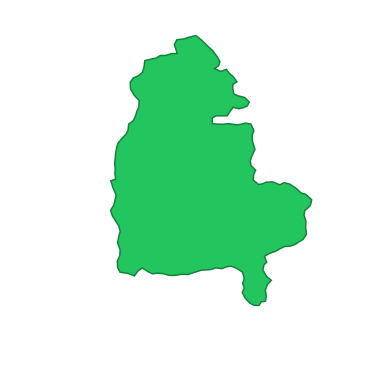 Santana de Cataguases, Minas Gerais, Brazil, rotated 140°
{"feature_id": "56859067B5954230458891", "entity_name": "Santana de Cataguases", "entity_type": "district", "adm_level": 2, "iso_a3": "BRA", "parent_name": "Brazil", "parent_adm1": "Minas Gerais", "projection": "equal_earth", "projection_center": [-42.562, -21.278], "detail": "fine", "context": "isolated", "style": "filled", "palette": "green", "viewbox_px": 384, "rotation_deg": 140, "n_neighbors": 0, "source": "geoboundaries", "source_scale": "gbopen_adm2", "svg_char_len": 2122}
<svg xmlns="http://www.w3.org/2000/svg" viewBox="0 0 384 384"><g transform="rotate(140 192 192)"><path d="M247.0,252.8L249.7,246.4L252.1,238.4L256.8,234.8L260.5,232.1L266.2,230.3L268.4,224.6L269.0,219.8L269.9,213.0L272.5,207.8L277.0,204.8L281.7,200.8L284.3,193.8L288.3,189.6L293.8,187.0L297.5,181.9L298.7,176.8L293.6,171.1L290.0,164.8L284.2,166.2L278.9,165.6L276.9,159.4L274.9,154.8L270.4,151.8L266.0,147.3L263.0,142.7L258.4,138.9L252.7,135.6L248.1,131.3L243.4,129.5L239.7,128.0L235.0,126.1L230.0,122.3L226.5,120.0L222.7,118.8L218.7,114.3L213.3,112.4L209.6,109.9L206.8,104.8L204.8,98.1L207.6,92.1L212.0,89.4L213.7,84.8L218.1,82.7L219.5,76.5L219.1,69.6L217.3,65.3L213.6,62.0L209.6,63.4L206.0,61.0L202.0,64.6L198.9,69.6L194.0,72.6L188.0,73.4L189.2,79.1L187.8,86.7L183.8,89.9L180.0,90.2L177.8,96.2L171.9,95.1L166.2,92.9L161.7,92.1L156.2,90.8L151.7,87.5L147.1,85.6L141.7,85.0L137.5,84.3L131.6,85.9L127.5,92.1L123.5,96.4L120.9,102.4L117.5,105.3L113.5,105.3L109.5,105.9L105.4,109.1L106.2,116.7L109.1,121.3L109.8,127.6L112.0,135.1L115.5,140.0L120.1,141.0L123.6,147.8L128.8,151.8L132.9,153.0L136.2,155.1L137.4,161.9L133.3,165.9L129.2,167.8L129.8,174.3L127.6,178.2L123.4,180.8L116.3,184.3L113.3,191.5L109.5,196.7L105.2,199.2L103.2,206.2L106.6,210.3L110.6,212.2L114.5,214.6L119.7,220.5L124.8,224.1L128.6,227.4L132.5,231.2L129.0,235.7L124.5,234.8L120.5,231.4L116.1,227.8L111.0,229.2L106.0,230.5L103.0,226.0L98.9,223.8L94.5,222.4L90.3,224.1L90.9,230.5L94.5,235.5L97.0,240.0L94.7,244.6L91.7,248.1L86.7,247.6L86.3,253.6L87.1,258.4L86.9,264.0L92.5,265.9L95.5,272.1L90.5,271.6L86.9,273.8L85.7,279.2L85.3,286.8L86.3,294.2L87.1,302.8L88.5,309.4L94.2,312.2L100.6,314.9L105.6,318.4L110.7,316.3L114.3,307.6L119.0,311.4L124.0,313.3L128.6,317.0L133.2,317.6L138.3,320.3L143.7,323.0L147.9,319.0L152.7,315.6L158.2,315.4L163.6,317.1L168.7,315.8L172.8,310.6L174.1,303.3L173.7,295.9L178.0,291.4L182.4,289.2L186.0,286.8L190.9,284.4L196.9,284.7L201.3,280.4L205.4,278.7L211.2,278.1L217.0,277.1L221.0,274.6L225.5,270.9L229.5,266.8L233.0,263.5L236.0,259.0L239.4,255.4L242.2,250.9L247.0,252.8Z" fill="#22c55e" stroke="#15803d" stroke-width="1.5"/></g></svg>